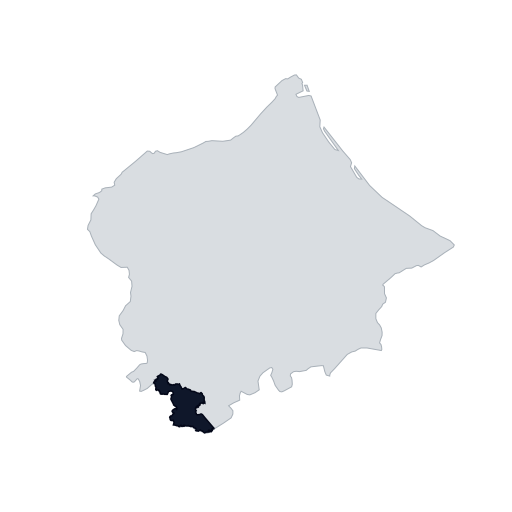 location of Folon, Denguélé, Ivory Coast, rotated 238°
{"feature_id": "98640826B69523806833990", "entity_name": "Folon", "entity_type": "district", "adm_level": 2, "iso_a3": "CIV", "parent_name": "Ivory Coast", "parent_adm1": "Denguélé", "projection": "robinson", "projection_center": [-7.378, 10.084], "detail": "fine", "context": "in_parent", "style": "filled", "palette": "ink", "viewbox_px": 512, "rotation_deg": 238, "n_neighbors": 0, "source": "geoboundaries", "source_scale": "gbopen_adm2", "svg_char_len": 9289}
<svg xmlns="http://www.w3.org/2000/svg" viewBox="0 0 512 512"><g transform="rotate(238 256 256)"><path d="M139.0,112.6L140.4,112.6L144.1,111.4L147.4,108.6L150.6,102.8L154.8,98.2L159.5,98.5L160.9,97.7L162.6,97.5L164.6,100.5L166.6,102.9L168.0,102.9L169.1,107.4L177.8,109.2L181.5,110.4L184.6,113.6L185.7,113.7L187.0,113.0L188.0,111.9L188.3,110.7L186.9,107.8L187.5,105.2L188.9,102.8L191.1,102.7L194.5,102.0L198.4,102.0L201.2,102.4L202.4,100.1L201.3,93.6L201.6,89.9L202.0,86.9L203.1,85.7L207.4,89.5L211.3,90.9L214.2,91.0L214.9,90.3L213.7,86.1L214.1,84.8L215.1,84.1L217.0,83.7L222.0,82.0L222.5,82.3L223.4,88.9L223.0,91.0L224.1,95.5L225.4,99.7L225.3,101.3L224.2,103.9L222.9,106.3L223.1,107.2L225.1,108.8L228.9,110.5L232.9,110.9L235.1,108.5L237.4,106.5L239.0,104.7L239.5,102.1L242.0,100.2L249.2,97.9L255.8,97.5L257.4,98.3L260.4,101.9L264.2,104.4L269.9,104.1L274.1,105.5L277.7,108.3L280.2,114.5L282.9,119.0L284.0,125.3L288.2,128.7L291.5,130.2L296.0,134.8L300.6,137.2L305.3,136.6L307.6,139.0L311.1,140.7L314.7,140.9L317.8,135.5L321.9,133.4L332.4,129.2L336.5,127.3L340.7,126.0L350.7,125.7L360.1,127.0L364.7,128.0L367.9,127.2L370.9,129.8L374.1,135.1L376.6,136.8L379.2,138.6L381.2,142.8L383.4,146.9L384.7,148.8L387.5,152.9L389.9,152.9L392.3,151.2L393.3,149.8L393.8,152.6L392.8,156.9L393.0,159.7L394.4,160.7L393.7,164.2L390.9,170.1L390.9,173.7L393.7,174.8L395.6,178.5L396.8,184.9L398.0,187.0L398.1,188.3L400.1,203.8L402.6,219.4L401.1,221.4L398.9,222.0L397.5,222.7L397.1,224.1L398.1,226.3L397.5,228.2L394.8,229.5L389.0,234.5L388.6,236.4L387.1,240.6L385.8,243.2L383.9,248.0L380.9,260.5L379.8,271.0L379.7,274.2L378.5,276.4L377.2,279.7L370.9,288.6L367.7,295.9L368.1,299.1L368.3,302.3L367.3,304.6L367.5,310.7L368.3,315.9L369.5,321.0L374.1,335.3L376.5,344.0L378.0,351.0L379.3,355.7L380.5,357.7L381.0,359.5L387.8,360.8L389.2,361.8L391.0,371.0L390.7,375.1L389.4,376.7L389.4,380.2L389.1,384.5L388.2,386.2L384.3,386.5L381.8,388.1L378.4,387.5L378.0,386.4L376.2,386.0L371.1,383.5L372.0,375.6L369.6,375.2L367.8,376.3L364.2,385.8L362.5,387.5L337.3,382.5L331.8,378.6L325.3,377.7L313.9,378.1L304.5,379.3L301.8,381.7L325.5,380.3L328.1,380.6L329.3,382.0L299.2,385.2L287.8,387.0L284.4,386.5L281.8,383.5L269.3,383.1L266.8,384.1L265.2,386.4L270.1,385.9L277.9,385.7L280.0,387.5L255.7,389.7L238.9,394.0L231.8,397.2L208.3,407.6L194.0,412.5L190.3,414.4L183.8,419.5L175.4,422.7L166.1,428.7L160.3,430.0L159.0,428.1L158.9,418.0L158.1,404.3L158.4,399.1L159.2,394.2L159.2,390.2L162.0,388.7L162.8,387.0L163.2,381.7L165.9,376.9L165.9,368.5L166.7,366.7L167.3,364.5L166.2,359.0L164.7,348.7L164.0,348.0L163.3,348.4L161.8,348.6L155.9,345.0L151.4,344.4L148.2,341.3L148.0,337.9L146.5,335.8L145.4,331.8L143.8,327.2L139.3,324.4L135.1,323.7L132.1,324.3L128.6,324.1L124.6,322.6L121.8,320.8L119.2,317.4L116.8,314.7L114.8,315.1L112.5,314.4L110.1,313.2L109.4,312.2L119.1,301.5L122.4,296.2L122.8,293.0L122.8,289.7L123.9,286.4L124.2,281.3L118.8,262.9L117.4,257.2L116.0,255.5L115.1,254.9L117.8,252.5L121.5,253.1L127.3,255.0L128.5,253.1L132.9,243.8L132.8,240.4L132.4,238.0L134.9,231.6L136.9,229.1L138.0,226.5L137.7,222.8L136.1,221.5L134.1,221.7L131.7,220.8L128.0,218.8L126.2,216.9L126.7,208.5L127.1,205.9L128.4,204.4L130.4,204.0L136.1,203.7L140.7,204.7L144.8,205.2L147.0,205.2L148.7,207.7L151.0,210.3L153.1,210.2L153.8,208.3L153.3,200.0L152.0,195.6L148.9,191.4L140.8,187.8L140.6,182.7L141.5,177.2L143.2,175.2L149.2,171.7L148.1,169.9L146.2,167.9L142.4,165.8L143.3,159.3L143.5,153.4L140.3,154.1L137.0,154.4L134.2,152.6L131.9,149.1L131.5,139.3L131.5,128.0L131.0,123.0L131.9,120.3L134.8,117.9L137.9,114.7L139.0,112.6ZM375.1,387.6L373.8,389.8L367.4,388.4L368.9,386.6L375.1,387.6Z" fill="#d9dde1" stroke="#a8b0b8" stroke-width="1"/><path d="M202.6,101.9L202.4,102.1L202.1,102.3L201.9,102.6L200.5,102.5L199.8,102.3L199.5,101.9L199.0,101.7L197.2,101.5L196.8,101.2L196.5,100.6L195.8,100.2L194.9,100.3L194.9,101.2L194.7,101.5L194.4,101.7L194.4,102.1L194.2,102.2L194.0,101.9L193.8,101.9L193.4,102.4L193.1,102.4L192.9,102.7L192.6,102.6L192.1,102.2L191.2,102.6L190.7,102.1L190.3,102.0L190.2,102.1L189.7,101.9L189.1,102.3L188.7,103.2L188.3,103.6L188.3,103.9L187.9,104.7L187.7,104.8L187.3,104.9L187.1,105.4L186.3,106.4L186.3,106.7L185.7,107.2L185.7,107.5L187.4,109.9L186.8,112.0L186.0,112.9L185.0,113.4L184.1,113.5L183.0,112.7L182.7,112.8L182.4,112.5L182.4,112.2L183.0,110.8L182.7,110.1L181.4,109.9L180.1,108.3L179.7,108.0L179.0,107.9L174.0,107.5L173.4,107.2L173.0,107.3L172.1,107.7L171.8,107.7L170.8,108.5L170.5,108.7L168.3,108.0L167.9,107.4L168.9,107.2L169.3,106.8L169.5,106.0L169.5,104.7L169.4,103.6L168.9,102.6L168.3,102.5L167.3,102.6L166.6,103.2L166.3,103.3L166.0,103.2L165.9,103.1L166.0,102.9L166.2,102.7L166.3,102.5L165.8,101.8L165.8,101.5L165.6,101.3L165.5,100.8L165.2,100.3L165.2,99.9L165.0,99.5L165.2,99.0L165.6,98.8L165.6,98.7L165.2,98.1L165.3,97.8L165.2,97.7L164.7,97.2L164.4,97.3L162.7,96.6L162.0,96.6L161.5,96.9L161.0,97.5L160.8,97.9L160.7,98.6L160.5,98.9L160.1,98.9L159.6,98.6L158.8,98.5L158.2,98.2L156.5,96.4L155.5,97.7L154.2,98.7L154.2,99.1L153.5,99.7L153.2,99.9L152.5,99.9L152.2,100.5L151.6,100.8L151.6,101.1L152.0,101.2L152.2,101.6L152.4,102.2L152.3,102.7L152.1,102.9L151.9,102.9L151.0,102.7L150.6,102.9L150.6,103.2L150.8,103.6L150.8,104.0L150.5,104.2L149.8,104.5L149.7,104.7L149.9,104.8L150.3,104.7L150.6,104.7L150.7,104.9L150.7,105.2L150.2,105.5L150.0,106.0L149.3,106.4L149.1,106.6L148.4,107.6L148.2,108.6L147.8,108.5L147.5,109.0L146.9,109.4L146.7,110.1L146.0,110.3L146.0,110.6L145.7,110.9L145.6,111.2L145.5,111.5L145.3,111.6L145.2,111.9L145.0,112.2L144.8,112.3L143.8,112.3L142.9,112.6L142.7,113.0L142.1,113.2L141.8,113.5L140.6,113.3L140.0,112.8L139.9,112.4L139.6,112.5L139.4,112.7L138.9,113.8L138.5,113.9L138.2,114.0L138.0,114.4L138.2,115.2L138.0,116.6L137.6,116.7L136.1,117.5L135.7,118.0L135.4,117.8L134.8,118.2L134.0,118.3L133.3,118.5L133.1,119.0L133.1,120.3L132.9,120.7L132.4,121.5L132.2,122.3L131.8,122.5L131.6,122.8L131.8,123.1L132.2,123.3L132.7,122.9L132.9,122.8L133.1,122.9L133.3,123.3L133.2,123.9L133.0,124.1L132.4,124.1L132.1,124.5L131.8,124.6L131.4,124.6L131.2,124.4L130.9,124.6L131.3,124.9L131.4,125.3L130.9,125.4L130.9,125.7L131.3,126.6L131.6,126.6L132.2,126.2L132.3,126.4L132.3,126.7L132.6,126.8L132.8,127.1L132.8,127.5L132.5,128.1L132.3,128.2L132.0,128.1L131.9,128.3L131.8,128.7L131.9,128.8L132.3,129.1L132.6,128.9L133.2,128.9L133.6,128.7L133.8,128.8L145.8,127.0L150.0,126.5L150.4,126.1L150.9,126.0L151.3,125.4L151.3,124.8L151.3,124.5L152.2,122.5L152.5,122.1L153.0,121.7L153.4,121.6L154.2,121.9L154.3,121.7L154.8,121.6L155.1,121.7L155.5,122.1L156.3,122.5L156.4,122.9L156.4,123.3L156.5,123.3L156.9,123.2L157.1,123.3L157.6,123.3L158.6,123.6L158.7,124.0L159.1,124.2L159.0,124.4L159.2,124.5L159.3,124.7L159.1,124.8L158.9,125.3L159.4,125.0L159.6,125.0L159.7,125.3L159.4,125.5L159.5,125.9L159.4,126.5L159.9,126.5L160.1,126.9L160.0,127.0L159.9,127.0L159.7,126.8L159.7,127.1L159.4,127.2L159.7,127.3L159.6,127.5L159.8,127.6L159.9,127.8L159.6,127.9L159.7,128.0L159.6,128.3L159.2,128.4L159.2,128.5L159.4,128.4L159.5,128.5L159.4,128.6L159.2,128.8L159.3,129.0L159.4,129.4L159.7,129.4L160.0,129.2L160.1,129.3L159.9,129.5L160.0,129.7L160.2,129.9L160.2,130.2L160.3,130.3L160.7,130.3L160.7,130.6L160.5,130.8L160.3,130.8L160.5,131.2L160.1,131.8L160.2,132.2L159.9,132.4L160.1,132.9L159.9,133.1L159.8,133.6L159.7,133.7L159.4,133.4L159.4,133.7L159.0,133.6L159.1,133.8L159.1,134.0L158.6,134.3L158.2,134.6L159.1,135.1L159.8,135.3L160.0,135.5L160.4,135.3L161.0,135.6L161.3,135.7L161.5,135.8L162.6,136.5L163.1,136.9L164.0,137.3L165.1,137.3L165.9,136.9L166.3,136.9L166.8,137.1L167.1,137.1L167.6,137.4L167.9,137.4L168.3,137.2L169.2,137.1L169.3,136.9L169.1,136.8L169.2,136.6L168.9,135.9L169.1,135.2L169.8,135.0L170.7,133.8L172.8,132.5L173.7,131.7L174.0,131.7L174.2,131.4L174.2,131.0L174.9,130.5L175.1,130.1L175.4,129.5L175.8,129.3L177.0,129.4L177.3,129.3L178.0,128.8L178.2,128.5L178.5,128.3L178.8,128.2L178.9,127.7L179.2,127.6L179.3,127.4L179.7,127.2L179.9,126.9L180.6,126.8L180.7,126.6L181.1,126.7L181.7,126.6L181.7,126.3L182.0,126.1L182.0,125.8L181.8,125.6L181.8,124.9L182.0,124.6L182.0,124.4L181.9,124.2L181.8,123.9L182.0,123.5L182.3,123.4L182.3,123.1L182.4,122.7L182.8,122.7L184.6,123.1L185.5,123.0L186.3,123.0L187.7,123.2L188.1,123.3L188.2,122.7L188.5,121.9L189.0,121.7L189.5,121.0L189.6,120.6L190.0,120.2L189.9,119.7L190.0,119.5L189.8,119.2L189.9,118.9L189.8,118.6L189.9,118.3L190.1,118.0L190.7,117.7L190.7,117.3L191.1,116.5L191.2,116.4L191.4,116.2L191.5,115.9L191.9,115.9L192.1,115.8L192.4,115.2L192.3,114.9L192.8,115.0L192.9,114.9L193.0,114.9L193.1,114.6L193.4,114.5L193.6,114.5L193.9,114.5L194.4,114.5L194.6,114.3L194.6,114.0L195.0,114.2L195.2,114.5L195.4,114.4L195.6,114.1L195.9,114.2L196.3,114.4L196.8,114.3L197.4,115.0L197.9,115.8L198.2,116.1L198.7,116.2L200.5,116.0L202.1,114.9L205.0,113.7L206.2,112.9L206.4,112.5L206.1,111.9L205.9,111.3L206.1,108.9L205.9,108.8L205.9,108.6L205.7,108.7L205.4,108.4L205.0,108.6L204.6,108.6L204.5,108.4L204.3,108.2L204.1,107.9L204.2,107.7L203.9,107.4L204.1,107.2L203.8,107.1L204.1,106.9L204.1,106.6L203.9,106.1L203.9,105.9L204.1,105.9L204.3,105.7L204.1,105.5L204.2,105.4L204.1,105.1L204.2,104.7L204.0,104.8L203.9,104.5L203.8,104.4L203.4,104.5L203.6,104.2L203.5,103.8L203.2,103.2L203.2,102.8L203.2,102.7L202.9,102.6L203.0,102.4L202.8,102.1L202.6,101.9Z" fill="#0f172a" stroke="#020617" stroke-width="1.5"/></g></svg>